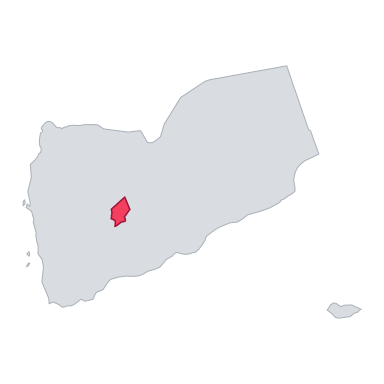 location of Osaylan, Shabwah, Yemen
{"feature_id": "15242507B14507855055596", "entity_name": "Osaylan", "entity_type": "district", "adm_level": 2, "iso_a3": "YEM", "parent_name": "Yemen", "parent_adm1": "Shabwah", "projection": "equal_earth", "projection_center": [45.859, 15.121], "detail": "fine", "context": "in_parent", "style": "filled", "palette": "rose", "viewbox_px": 384, "rotation_deg": 0, "n_neighbors": 0, "source": "geoboundaries", "source_scale": "gbopen_adm2", "svg_char_len": 3901}
<svg xmlns="http://www.w3.org/2000/svg" viewBox="0 0 384 384"><path d="M318.8,154.1L304.8,160.8L301.1,163.7L297.7,167.4L295.3,172.0L293.6,180.1L295.0,187.6L294.9,191.5L291.3,194.2L287.9,196.1L284.1,199.0L281.8,199.7L279.9,202.0L277.8,203.6L269.9,207.8L261.3,211.0L247.6,214.9L242.3,219.1L237.5,222.0L230.2,222.8L220.1,226.8L214.5,230.1L207.6,235.3L206.1,236.9L204.8,240.8L202.7,244.1L198.6,249.5L195.4,252.3L193.3,252.5L189.2,254.0L184.4,254.3L176.3,252.4L174.2,253.8L172.5,255.9L166.2,259.6L159.9,267.1L155.2,269.1L147.7,271.4L142.4,274.5L138.9,275.8L134.3,276.4L125.9,276.1L117.9,277.2L110.5,279.4L107.0,283.4L103.0,289.7L96.5,292.3L95.0,294.6L93.0,299.2L88.8,300.4L84.9,301.2L81.1,299.2L73.7,304.8L70.9,305.8L66.7,306.0L63.7,307.2L61.6,306.8L58.9,304.6L53.2,302.0L49.1,303.7L48.8,298.4L41.9,282.1L43.4,267.9L43.4,265.9L42.1,259.6L38.0,253.8L38.2,246.5L36.8,241.3L35.8,235.9L36.1,234.5L36.2,233.2L34.1,224.9L33.4,223.2L33.2,221.5L33.9,220.2L33.9,218.7L32.8,216.1L31.6,211.3L26.1,207.5L27.2,204.0L28.3,205.2L29.8,206.3L30.1,204.0L30.1,202.3L27.8,191.6L31.4,177.3L30.3,164.5L35.6,159.3L36.9,157.7L37.7,156.4L38.9,153.5L40.6,152.5L41.2,149.4L41.2,147.9L40.1,146.6L39.3,143.0L39.6,138.4L39.9,136.5L40.5,133.1L42.3,131.8L42.7,130.8L41.3,128.6L41.5,127.3L44.6,123.6L45.8,122.5L47.9,121.4L49.4,121.4L51.2,122.0L52.9,123.1L54.4,124.9L56.1,127.0L58.6,127.8L60.4,127.6L61.8,128.6L63.0,128.1L64.3,127.0L66.5,127.0L68.5,125.8L74.1,125.2L79.4,125.6L85.0,124.6L90.6,124.6L96.3,124.7L97.5,124.9L98.7,125.5L103.5,128.8L107.1,129.4L114.4,130.3L122.1,131.3L128.8,132.1L134.5,131.3L139.2,130.7L140.5,130.8L141.9,132.8L144.8,137.8L147.5,142.6L152.2,142.8L155.2,141.0L158.5,138.5L160.5,136.6L162.8,128.9L164.3,123.9L167.8,118.3L170.7,113.7L174.5,107.5L176.6,104.1L180.8,97.3L184.8,94.7L192.5,89.6L200.1,84.6L205.0,81.4L209.2,79.9L216.2,78.6L224.5,77.1L232.8,75.6L241.6,74.0L251.4,72.2L258.1,71.0L266.7,69.5L273.8,68.2L280.2,67.0L286.7,65.8L288.0,69.6L289.3,73.3L290.6,77.1L291.8,80.8L293.1,84.6L294.4,88.3L295.7,92.0L297.0,95.8L298.3,99.5L299.5,103.3L300.8,107.0L302.1,110.8L303.4,114.6L304.7,118.3L306.0,122.1L307.3,125.8L308.5,129.5L310.5,130.7L311.8,134.2L313.5,139.2L315.3,144.1L317.1,149.1L318.8,154.1ZM339.8,306.1L341.5,306.5L344.1,305.2L351.8,305.0L361.0,309.3L359.2,310.4L358.2,311.9L354.2,313.3L350.2,316.6L338.6,318.2L335.2,317.3L332.4,314.1L327.1,310.0L329.2,307.4L329.6,306.2L330.4,305.0L333.3,303.0L336.2,303.4L339.8,306.1ZM29.5,255.3L29.1,256.1L28.6,256.0L26.9,253.9L28.8,251.7L29.8,253.8L29.5,255.3ZM24.2,204.8L23.3,205.7L23.0,204.2L23.6,200.9L24.6,200.0L25.2,202.4L24.8,203.8L24.2,204.8ZM28.6,265.5L26.7,266.6L28.0,263.6L29.3,263.0L29.6,263.1L28.6,265.5Z" fill="#d9dde1" stroke="#a8b0b8" stroke-width="1"/><path d="M129.9,209.3L129.4,208.4L125.6,199.1L124.7,197.2L119.8,201.6L118.0,203.2L115.4,205.6L114.3,206.5L111.3,209.3L111.3,209.5L111.5,210.1L111.6,210.4L111.6,210.5L111.7,211.1L111.8,211.4L111.8,211.7L111.9,212.0L111.9,212.3L111.9,212.6L111.9,212.9L111.9,213.2L111.9,213.6L111.8,213.8L111.8,214.2L111.7,214.5L111.6,214.8L111.6,215.1L111.5,215.4L111.5,215.7L111.5,216.0L111.5,216.3L111.5,216.7L111.5,217.0L111.4,217.3L111.4,217.7L111.3,218.0L111.3,218.3L111.2,218.6L111.3,218.7L111.5,218.8L111.7,219.0L111.9,219.1L112.2,219.2L112.4,219.2L112.6,219.3L112.8,219.5L113.1,219.6L113.2,219.4L113.7,219.7L113.9,219.8L114.1,220.0L114.3,220.1L114.5,220.2L114.8,220.3L114.9,220.6L115.0,220.8L115.1,221.1L115.2,221.4L115.2,221.8L115.3,222.1L115.3,222.4L115.3,222.7L115.3,223.0L115.3,223.3L115.3,223.6L115.3,223.9L115.3,224.3L115.2,224.6L115.2,224.9L115.2,225.2L115.1,225.5L115.1,225.8L115.0,226.1L115.0,226.3L116.6,225.7L121.1,222.2L123.7,221.6L124.6,221.4L125.4,220.9L125.4,219.4L124.9,218.0L124.4,216.9L124.5,216.8L124.7,216.6L124.9,216.3L125.0,216.1L125.2,215.9L125.3,215.6L125.5,215.4L125.7,215.2L125.8,215.0L126.0,214.8L129.0,210.5L129.9,209.3Z" fill="#f43f5e" stroke="#9f1239" stroke-width="1.5"/></svg>